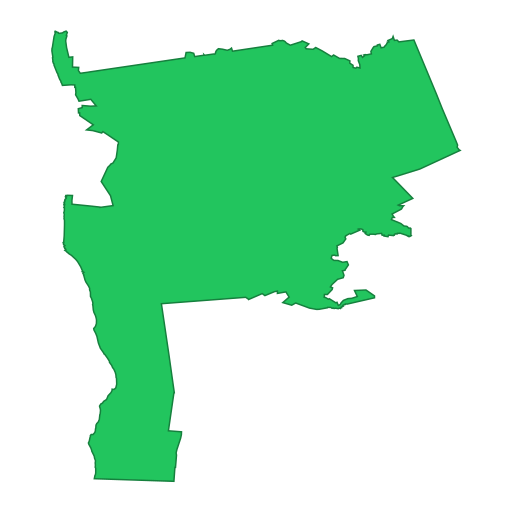 Salacgrīvas pag., Salacgrivas, Latvia (Robinson projection)
{"feature_id": "27541924B75150818202783", "entity_name": "Salacgrīvas pag.", "entity_type": "district", "adm_level": 2, "iso_a3": "LVA", "parent_name": "Latvia", "parent_adm1": "Salacgrivas", "projection": "robinson", "projection_center": [24.43, 57.695], "detail": "fine", "context": "isolated", "style": "filled", "palette": "green", "viewbox_px": 512, "rotation_deg": 0, "n_neighbors": 0, "source": "geoboundaries", "source_scale": "gbopen_adm2", "svg_char_len": 5768}
<svg xmlns="http://www.w3.org/2000/svg" viewBox="0 0 512 512"><path d="M460.1,150.4L459.0,149.7L457.1,147.2L457.6,145.1L456.0,141.1L442.3,108.8L436.4,94.0L413.9,40.0L398.9,41.9L397.1,40.1L394.4,40.4L393.1,36.5L392.3,38.6L387.9,40.5L388.8,41.9L387.4,42.2L387.5,42.4L386.2,44.7L384.8,46.1L384.1,47.2L381.1,47.8L379.8,44.3L377.3,45.0L377.2,45.9L374.0,46.6L373.1,47.7L370.9,51.4L371.4,53.9L366.8,54.8L365.1,54.6L363.8,55.0L364.5,55.8L362.5,57.4L361.2,55.4L357.9,56.3L358.4,58.5L358.3,60.7L359.8,64.6L360.0,68.0L356.8,67.2L355.8,68.2L353.1,67.5L353.0,65.3L349.7,63.1L349.9,60.9L344.7,58.5L339.5,58.4L333.6,55.0L331.6,56.6L322.2,50.9L315.7,47.5L313.1,49.3L306.1,48.8L305.2,47.5L308.8,43.9L302.1,40.9L301.5,41.6L290.3,45.2L286.3,43.0L285.2,41.7L284.0,40.9L282.3,40.4L281.3,40.7L279.5,40.7L278.8,40.3L272.1,43.5L272.6,45.2L232.5,51.2L231.5,48.1L230.0,49.3L227.3,50.3L222.5,49.2L218.4,48.7L216.5,50.4L215.5,52.4L215.6,53.0L214.8,54.2L213.7,54.0L204.6,55.3L204.0,54.7L204.1,55.2L194.7,56.6L193.7,53.3L190.1,52.3L186.1,52.5L185.0,57.9L80.3,73.3L78.4,70.6L78.7,67.4L72.5,67.1L72.7,56.9L68.9,57.3L66.6,47.7L65.7,41.1L65.9,39.1L66.9,35.9L66.3,35.5L67.3,32.4L66.1,31.1L63.7,32.0L62.5,32.9L59.1,33.4L58.6,33.3L58.7,33.0L58.1,32.4L56.4,32.0L56.4,31.8L55.3,31.1L55.2,30.7L54.9,31.9L55.4,32.0L55.5,32.4L54.1,36.4L52.4,47.3L52.0,48.5L51.9,50.9L52.8,56.7L52.8,57.5L52.5,57.7L52.9,60.7L52.8,61.3L53.3,63.1L54.0,64.0L54.0,65.1L57.1,72.9L57.8,73.7L58.0,75.0L59.6,79.1L60.9,81.3L60.9,82.0L61.7,83.4L62.4,85.4L71.2,84.8L74.8,85.0L74.8,87.3L75.5,87.3L75.9,92.6L75.6,94.8L78.0,98.9L79.0,101.2L90.8,99.3L96.2,105.9L90.7,106.2L82.2,105.5L82.2,107.6L78.3,108.7L78.5,112.9L79.6,112.8L79.8,115.6L93.3,124.8L86.6,129.9L92.8,130.6L101.7,133.0L102.9,131.6L118.4,142.0L118.3,144.6L117.8,144.8L117.3,150.3L116.2,157.8L113.0,163.0L110.6,164.2L110.1,165.1L107.8,167.3L101.2,181.5L110.5,195.7L113.1,205.6L100.0,207.4L100.0,207.1L91.9,206.2L72.0,204.2L71.9,200.6L72.5,195.5L67.7,195.3L65.8,195.5L65.7,196.0L66.3,196.2L66.5,196.6L65.5,197.0L66.1,197.9L66.2,198.3L65.0,199.4L65.1,199.8L64.7,200.3L65.0,201.0L64.4,201.6L64.5,202.3L64.0,202.8L64.5,203.1L64.4,203.7L64.1,204.1L64.4,204.3L64.1,204.6L64.4,204.8L64.2,205.0L64.4,205.3L64.2,205.6L64.4,205.8L64.2,206.5L64.4,207.0L63.9,207.6L64.4,208.0L64.4,210.2L64.2,211.6L63.8,212.6L64.3,214.6L64.2,215.6L64.0,216.1L64.2,217.4L64.0,218.5L64.5,220.4L64.5,225.1L64.2,235.8L63.7,242.1L63.4,242.3L63.8,242.5L63.7,243.2L63.3,243.8L63.7,244.6L64.4,245.1L64.3,245.4L64.9,245.7L64.0,246.5L64.3,246.9L64.3,247.5L64.7,247.7L64.7,248.3L65.4,248.6L65.2,249.2L65.9,249.8L65.6,250.3L65.1,250.5L66.5,251.4L66.7,251.9L68.2,252.9L68.3,253.3L71.5,255.4L75.7,259.3L77.6,261.6L80.6,266.6L82.7,271.4L82.3,271.7L83.8,272.3L83.2,272.7L82.9,273.5L83.6,274.4L83.6,275.0L83.9,275.2L83.8,275.5L85.0,279.9L85.9,282.0L88.3,285.7L89.6,288.2L89.6,289.8L90.4,292.0L90.5,296.5L91.4,298.1L92.7,302.1L92.9,303.7L92.6,304.6L92.9,305.6L93.3,309.9L93.9,312.3L95.4,315.5L96.1,317.8L96.5,320.0L96.4,323.6L95.4,326.5L93.7,328.5L94.0,330.1L95.6,333.1L96.9,336.3L98.4,343.0L100.4,348.3L103.9,353.3L103.9,353.8L104.8,354.4L107.4,358.0L109.4,361.2L109.5,362.4L111.7,365.4L112.6,367.6L113.8,369.1L115.2,372.2L115.9,374.7L116.1,377.5L116.5,378.3L116.7,384.2L115.8,387.9L114.1,389.4L112.1,389.2L112.1,390.4L111.1,392.5L108.1,395.7L106.8,399.0L106.1,399.8L103.6,401.4L102.5,403.1L100.9,403.9L99.6,405.9L99.6,406.6L100.3,408.8L100.5,410.5L100.2,413.7L99.8,414.9L99.3,419.6L98.1,422.2L96.8,423.5L96.0,425.1L95.8,428.1L95.5,428.8L95.3,431.1L94.7,432.6L93.1,434.5L91.2,434.5L90.4,435.5L90.3,436.0L90.4,436.7L90.0,437.6L89.2,441.4L88.5,442.6L88.5,443.4L88.9,444.4L90.9,448.1L91.7,450.4L91.8,451.2L94.2,456.1L94.6,458.4L95.4,460.3L95.4,462.0L95.2,462.8L95.4,465.2L95.2,467.3L95.7,468.2L95.7,472.8L95.5,474.3L94.9,475.7L94.3,478.7L173.9,481.3L174.9,467.4L175.5,467.4L176.5,455.1L176.1,452.9L176.9,449.5L180.6,438.3L181.4,434.6L181.5,431.8L168.4,430.8L173.9,392.9L174.3,392.8L169.1,356.0L161.4,303.7L245.7,297.3L248.5,299.2L248.6,299.5L262.2,293.6L264.9,295.6L274.6,291.6L277.4,291.1L277.4,293.4L285.9,291.9L289.1,297.1L282.8,302.6L291.7,305.2L295.7,303.0L309.5,308.1L316.6,309.4L319.1,309.3L327.4,307.8L327.6,307.4L330.7,307.4L332.1,308.3L333.2,308.0L334.0,308.5L335.5,308.2L338.3,308.7L339.3,308.1L340.5,308.5L340.8,307.8L341.3,307.7L341.0,307.3L341.1,307.1L342.7,306.5L342.3,306.3L342.9,305.3L343.9,305.1L344.0,304.6L344.3,304.4L345.3,304.5L345.7,303.9L347.1,304.1L374.5,297.8L374.5,295.9L366.0,290.0L354.5,290.5L357.3,296.5L351.8,298.3L347.9,298.6L343.4,300.4L341.1,302.9L340.2,304.6L338.3,305.4L337.0,302.3L335.8,302.8L329.3,298.7L328.4,299.2L325.3,297.4L324.2,297.3L324.4,294.5L327.4,294.5L332.1,289.6L332.6,287.8L330.4,286.9L332.1,284.4L337.6,279.3L343.2,277.7L344.0,275.3L342.4,270.8L345.0,270.3L345.0,269.9L348.4,264.9L347.0,261.6L342.7,262.3L338.0,260.5L333.8,260.4L331.2,258.3L332.0,255.4L334.6,255.1L335.6,255.7L338.1,255.6L337.0,248.2L337.4,247.5L336.9,245.9L343.0,242.9L345.8,238.9L345.0,237.2L345.6,236.3L345.6,235.9L349.8,233.5L350.7,234.1L359.7,230.2L358.2,229.1L358.7,228.9L361.0,228.9L362.8,229.6L363.0,231.4L364.5,232.1L365.9,232.2L365.2,233.5L367.4,235.0L369.1,235.4L369.9,234.2L373.6,234.2L375.5,234.5L376.5,233.9L381.6,233.4L382.1,235.2L384.2,235.2L384.0,236.0L388.0,236.7L388.5,235.1L393.5,235.6L393.8,235.1L394.3,235.2L395.2,233.8L397.1,234.0L397.3,233.3L399.4,233.4L399.9,233.1L406.3,235.2L407.8,236.1L408.1,235.8L408.9,236.1L408.9,236.6L409.6,236.6L411.3,235.6L410.9,235.2L410.9,228.6L410.4,228.1L408.6,228.1L407.3,226.6L406.6,226.3L404.0,226.0L400.8,223.5L391.4,219.6L392.3,217.5L394.3,217.4L393.2,216.0L392.1,214.0L401.2,209.2L401.7,208.7L402.9,206.5L403.6,205.8L399.4,205.7L398.2,205.1L412.8,198.4L392.5,177.5L419.9,169.0L460.1,150.4Z" fill="#22c55e" stroke="#15803d" stroke-width="1.5"/></svg>